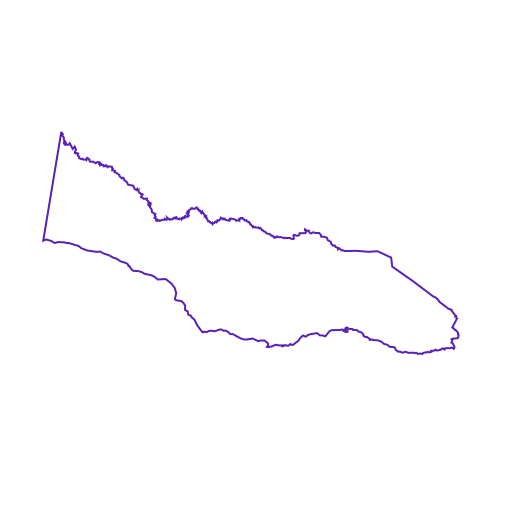 outline of Lago, Niassa, Mozambique, rotated 280°
{"feature_id": "85939544B52795804394919", "entity_name": "Lago", "entity_type": "district", "adm_level": 2, "iso_a3": "MOZ", "parent_name": "Mozambique", "parent_adm1": "Niassa", "projection": "natural_earth1", "projection_center": [35.042, -12.338], "detail": "fine", "context": "isolated", "style": "outline", "palette": "violet", "viewbox_px": 512, "rotation_deg": 280, "n_neighbors": 0, "source": "geoboundaries", "source_scale": "gbopen_adm2", "svg_char_len": 6097}
<svg xmlns="http://www.w3.org/2000/svg" viewBox="0 0 512 512"><g transform="rotate(280 256 256)"><path d="M237.5,454.6L242.7,444.6L245.0,442.3L246.4,439.9L246.8,437.8L258.5,414.9L269.2,392.0L277.9,389.4L281.8,374.8L279.7,366.2L278.5,353.8L276.3,342.5L276.8,340.5L276.3,339.6L278.0,336.7L276.9,335.6L278.2,335.4L278.6,332.9L279.9,332.0L279.5,329.8L280.2,329.5L280.8,328.1L283.0,327.1L284.0,324.0L286.3,322.7L286.8,319.9L286.3,316.9L288.2,316.0L289.6,314.3L289.0,310.7L289.3,308.3L287.7,306.1L288.3,304.7L290.1,303.7L289.7,301.9L290.8,299.6L290.0,299.6L288.9,301.4L287.1,300.6L286.0,295.0L283.9,294.9L283.0,292.7L283.5,289.8L282.7,289.3L279.8,290.3L279.2,289.8L279.0,287.9L279.7,286.3L278.9,282.6L279.1,281.4L278.4,280.7L279.0,277.4L278.4,274.4L279.0,273.4L277.7,272.5L277.3,271.3L277.8,271.1L277.5,270.8L278.0,270.6L278.3,268.8L278.9,268.6L278.8,267.2L280.0,266.0L280.1,262.6L281.5,260.8L281.5,259.5L282.6,258.2L282.4,257.5L284.5,255.4L283.7,254.4L284.5,253.2L283.9,251.0L284.4,250.0L283.6,248.2L284.9,247.8L284.8,246.9L286.1,245.7L286.1,244.9L288.2,243.5L287.9,242.6L288.4,242.2L288.5,241.2L289.6,240.3L288.9,238.7L290.1,237.7L290.5,236.0L291.0,236.0L290.9,234.8L290.4,234.6L290.6,234.1L289.6,233.6L289.6,233.1L288.1,233.4L288.6,232.6L287.9,232.2L287.3,230.3L288.3,229.6L288.6,224.2L288.1,223.9L287.9,224.5L286.3,223.8L286.7,222.9L286.0,222.3L286.5,219.3L287.3,218.9L286.8,218.2L287.2,217.3L286.6,217.0L287.2,216.4L286.7,215.4L287.5,214.7L285.1,213.9L284.4,213.1L284.5,211.9L283.1,211.9L282.4,211.3L283.1,210.8L282.7,209.8L281.2,209.2L280.6,208.3L281.1,207.6L280.2,207.4L280.8,207.0L280.8,205.9L281.5,205.2L281.3,204.7L282.2,203.5L281.8,202.9L284.8,200.8L284.7,200.2L285.6,199.4L286.1,199.7L286.0,198.9L287.1,199.3L287.7,197.6L289.2,196.8L289.3,195.7L289.9,195.5L289.1,195.1L290.0,194.7L289.3,194.1L290.9,193.0L290.6,192.3L291.5,191.9L291.4,191.3L292.3,190.3L292.7,190.4L292.6,189.4L293.5,189.0L291.7,187.1L291.6,185.5L292.1,184.9L291.7,183.8L291.0,183.8L289.4,181.9L288.7,182.1L288.2,181.1L287.3,182.1L286.3,180.4L285.3,181.1L285.2,182.1L284.0,181.9L284.1,182.7L283.5,182.6L282.8,182.2L283.1,181.2L282.1,179.9L283.1,179.3L282.5,178.8L282.8,178.3L281.6,179.3L281.4,177.9L280.6,178.2L280.3,177.0L279.3,176.4L280.2,176.1L279.6,175.5L279.7,174.4L278.8,173.8L279.2,171.1L279.7,171.4L280.5,170.8L280.2,170.1L280.7,169.7L279.0,170.0L279.2,168.2L278.4,168.3L277.3,166.7L277.6,165.6L276.7,164.7L278.2,162.2L277.3,162.7L276.6,161.5L276.8,160.6L276.1,161.1L275.5,157.8L274.2,155.7L274.4,155.2L273.8,154.6L274.1,153.8L273.3,152.2L273.8,151.5L274.7,152.6L276.0,149.4L277.4,150.3L278.5,149.1L279.9,149.6L281.0,146.0L283.7,145.1L286.0,142.9L287.6,143.1L286.9,142.2L287.6,141.0L288.3,141.1L289.2,142.7L289.8,142.8L289.6,141.6L290.2,141.3L290.1,140.8L290.8,140.9L292.4,138.5L293.6,138.6L292.8,135.2L293.7,133.9L293.9,132.6L296.3,133.3L296.5,132.8L297.0,133.4L298.0,130.1L300.1,128.8L300.1,128.2L300.9,128.5L300.4,127.4L301.2,127.2L300.3,126.6L300.9,124.9L303.9,122.8L304.0,117.6L306.6,115.8L307.6,113.3L308.8,112.9L310.0,111.4L309.1,110.7L309.3,109.9L311.1,107.6L312.2,107.3L313.7,104.0L314.0,102.2L315.4,102.2L315.4,99.4L317.3,99.9L317.7,98.9L318.9,98.6L318.7,95.5L317.7,94.5L318.6,93.8L318.3,92.4L319.0,93.1L319.4,92.6L318.3,90.6L319.1,89.8L318.7,89.0L320.1,87.1L318.8,87.5L318.1,86.5L321.1,84.5L321.0,83.4L319.5,81.9L320.6,79.5L320.1,76.3L320.6,75.5L322.3,75.1L323.3,72.7L321.1,72.4L321.7,71.5L321.2,70.9L321.0,69.0L321.7,68.1L321.0,67.0L321.7,64.8L323.1,64.6L323.2,63.7L324.4,62.9L326.0,63.1L326.3,61.3L325.7,60.7L325.8,59.9L327.3,59.5L329.5,60.3L332.3,58.4L329.6,56.9L334.7,53.0L333.1,52.1L332.4,49.2L332.4,48.5L333.6,47.2L334.4,47.2L333.7,48.5L334.3,49.2L337.6,46.4L339.1,46.3L341.1,44.3L342.5,44.6L343.0,43.4L343.7,43.3L343.6,42.7L234.2,43.8L235.8,46.5L235.3,51.6L233.8,55.6L235.4,58.8L236.2,65.4L235.8,67.5L236.3,69.2L235.0,79.7L233.3,82.6L232.1,89.3L232.4,98.4L233.3,101.7L231.9,106.0L231.2,111.2L229.6,115.6L229.1,119.3L227.2,123.6L226.5,129.2L225.5,131.4L223.8,132.3L223.9,133.3L221.4,135.5L220.1,137.7L220.7,143.1L220.2,146.7L219.1,149.4L218.8,156.8L217.7,160.2L215.8,163.2L217.6,171.1L214.2,177.5L210.3,181.6L205.5,183.9L199.5,183.6L198.6,185.0L198.6,190.4L197.5,192.3L194.9,194.8L190.6,195.5L189.5,198.4L186.5,199.4L185.8,202.4L184.3,203.5L182.8,206.2L177.1,210.6L172.0,216.0L171.6,217.1L172.5,217.8L172.4,220.4L173.9,222.5L174.8,225.3L174.6,228.2L177.5,233.5L177.5,235.5L176.7,236.8L177.2,238.6L176.9,240.2L176.1,242.4L174.9,243.6L174.6,244.8L175.1,246.5L172.2,255.2L171.7,258.5L172.1,261.2L174.1,267.0L172.5,273.2L173.5,275.1L174.2,279.0L172.2,282.8L170.5,283.5L168.4,282.6L168.3,283.8L169.8,287.4L172.0,290.8L172.0,294.5L172.6,297.7L172.1,297.2L172.0,296.2L171.6,297.9L173.3,300.4L173.1,303.2L175.3,305.3L174.7,306.0L174.9,307.9L180.1,312.6L182.4,313.5L185.5,315.7L185.9,316.3L185.2,318.1L185.5,319.5L187.0,320.6L188.5,323.3L190.6,329.4L188.9,332.9L189.4,334.9L188.9,338.2L194.9,341.6L196.1,343.3L197.7,351.6L198.6,353.6L198.4,354.5L197.3,355.1L197.6,356.7L197.0,356.8L196.7,357.8L197.2,359.3L198.9,358.9L199.4,356.5L200.5,356.7L201.4,357.7L200.3,360.9L200.9,363.5L200.1,364.2L200.6,368.3L199.3,370.1L199.3,372.1L198.6,373.8L197.3,375.4L196.2,375.6L195.3,377.7L195.5,379.4L194.0,382.3L193.4,382.5L193.8,382.9L193.4,383.7L194.0,384.6L193.6,386.1L194.1,390.6L193.4,394.3L191.7,397.2L191.3,401.0L189.8,403.2L190.2,407.7L189.7,408.8L187.8,410.0L186.4,412.8L186.9,414.4L186.2,417.0L187.7,420.1L187.1,422.8L188.2,428.3L187.9,429.5L188.5,430.7L187.7,432.5L188.5,434.8L188.3,436.8L189.4,437.3L190.3,438.9L190.6,440.8L191.4,441.9L191.3,444.1L192.2,445.4L193.0,444.9L193.8,448.2L194.9,449.0L194.3,450.6L194.8,451.9L196.0,454.6L197.1,455.1L197.4,455.8L196.6,457.9L197.7,458.0L198.4,459.8L198.9,463.2L199.6,464.1L199.7,465.5L198.9,466.8L199.3,467.2L201.1,467.2L203.9,465.1L204.7,463.5L206.6,464.0L207.7,463.8L208.0,463.1L208.6,463.7L210.0,468.6L210.6,469.2L213.0,469.3L213.9,468.4L215.1,468.6L216.3,467.4L217.9,465.2L217.9,464.2L219.1,463.4L219.6,461.7L229.4,464.8L229.8,464.1L231.5,463.5L231.2,462.7L231.9,462.8L236.4,457.8L237.0,457.8L237.5,454.6Z" fill="none" stroke="#5b21b6" stroke-width="2"/></g></svg>